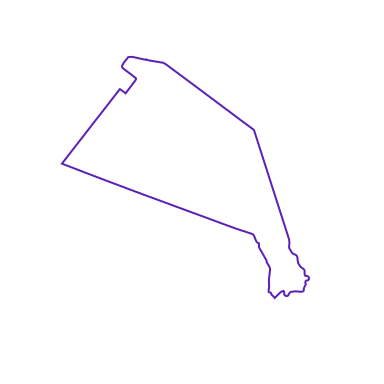 Mafraq, Mercator projection, rotated 233°
{"feature_id": "JOR-850", "entity_name": "Mafraq", "entity_type": "Province", "adm_level": 1, "iso_a3": "JOR", "parent_name": "Jordan", "parent_adm1": "", "projection": "mercator", "projection_center": [37.07, 32.534], "detail": "fine", "context": "isolated", "style": "outline", "palette": "violet", "viewbox_px": 384, "rotation_deg": 233, "n_neighbors": 0, "source": "natural_earth", "source_scale": "10m", "svg_char_len": 1638}
<svg xmlns="http://www.w3.org/2000/svg" viewBox="0 0 384 384"><g transform="rotate(233 192 192)"><path d="M121.0,215.3L122.1,214.9L136.1,205.2L149.5,196.5L159.2,190.3L174.1,180.7L181.1,176.2L189.1,171.0L204.1,161.4L219.1,151.7L230.2,144.6L245.4,135.0L252.8,130.3L271.5,118.5L292.9,105.2L297.0,120.1L300.6,133.5L303.6,144.6L307.6,159.3L311.7,174.6L317.6,196.3L310.9,198.4L310.7,198.4L310.7,198.5L310.9,198.8L315.1,213.7L315.8,215.2L316.7,215.7L333.2,211.1L335.0,212.2L336.3,215.4L338.1,222.3L335.9,225.6L325.4,234.6L325.4,235.4L324.5,235.7L322.8,237.0L312.4,246.9L309.4,248.1L299.5,251.0L279.8,256.8L260.2,262.5L240.6,268.2L224.1,273.0L220.9,273.9L204.4,278.8L204.2,278.8L95.7,241.0L92.7,239.2L89.9,236.6L88.4,235.8L83.6,235.3L82.0,235.5L80.9,236.0L80.0,236.7L78.8,237.2L77.5,237.2L76.2,236.8L74.7,235.7L71.1,234.0L67.6,233.6L66.5,233.8L65.6,234.0L63.8,234.7L62.6,234.8L61.2,234.5L59.1,232.8L58.0,232.2L57.1,232.0L55.9,233.2L55.1,233.7L54.0,233.9L53.1,233.8L52.2,233.1L51.8,232.4L51.7,231.5L52.0,230.7L52.4,230.1L52.5,229.4L52.2,228.7L51.4,227.9L49.7,227.3L48.8,225.2L47.6,223.2L47.0,222.7L46.3,222.2L45.9,221.5L45.9,220.5L46.8,218.9L50.8,214.4L52.0,211.9L52.7,211.0L52.8,210.2L52.5,208.6L52.1,207.6L51.6,206.8L51.5,205.9L51.8,205.1L53.0,204.1L54.1,203.9L55.1,204.2L56.7,205.5L57.5,205.6L58.1,205.4L58.7,202.7L57.6,194.2L58.9,194.3L62.1,193.8L62.7,193.9L63.6,194.2L64.1,194.3L64.5,194.1L65.5,193.2L66.0,193.1L66.9,193.6L69.8,196.5L75.4,200.4L83.1,207.7L84.4,208.4L86.1,208.9L91.0,209.4L92.4,210.3L95.6,210.7L107.6,212.2L110.7,214.6L112.3,213.7L114.1,213.7L119.7,215.2L121.0,215.3Z" fill="none" stroke="#5b21b6" stroke-width="2"/></g></svg>